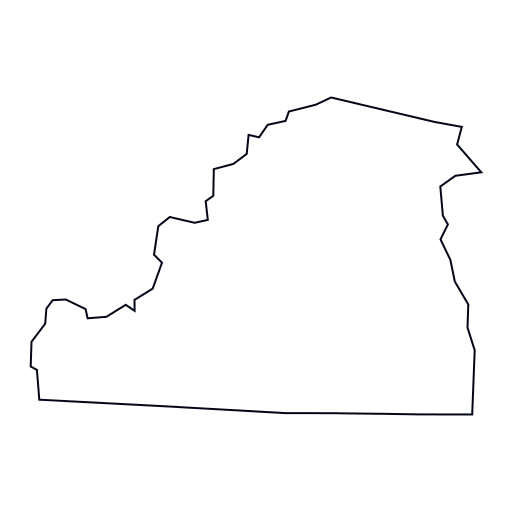 Patrick, Virginia, United States of America (Natural Earth projection)
{"feature_id": "52423323B55651194220795", "entity_name": "Patrick", "entity_type": "district", "adm_level": 2, "iso_a3": "USA", "parent_name": "United States of America", "parent_adm1": "Virginia", "projection": "natural_earth1", "projection_center": [-80.328, 36.707], "detail": "fine", "context": "isolated", "style": "outline", "palette": "ink", "viewbox_px": 512, "rotation_deg": 0, "n_neighbors": 0, "source": "geoboundaries", "source_scale": "gbopen_adm2", "svg_char_len": 823}
<svg xmlns="http://www.w3.org/2000/svg" viewBox="0 0 512 512"><path d="M331.1,97.5L315.8,104.7L288.9,111.5L285.6,120.9L267.7,124.8L259.1,137.3L248.6,134.9L246.7,153.9L233.4,163.9L213.8,169.1L213.3,195.8L205.7,201.2L207.8,219.9L194.6,222.8L169.8,217.0L158.3,226.2L154.0,254.7L162.0,262.7L152.7,288.6L134.5,299.9L134.6,310.8L125.7,304.8L106.4,316.8L87.6,318.3L85.6,309.1L65.7,299.5L52.7,300.2L46.4,308.6L45.2,323.7L31.5,341.8L30.7,366.5L36.9,369.9L39.3,399.7L117.7,403.8L172.6,406.7L178.4,407.0L179.2,407.1L284.8,413.1L336.7,413.2L339.0,413.3L380.6,413.8L382.3,413.8L419.0,414.4L472.2,414.5L474.7,350.2L467.5,327.6L468.3,304.5L454.8,281.5L450.4,259.9L440.5,239.4L447.9,224.4L442.9,215.8L440.3,186.5L455.3,175.8L481.3,172.3L457.1,144.5L461.8,126.9L434.4,121.9L331.1,97.5Z" fill="none" stroke="#020617" stroke-width="2"/></svg>